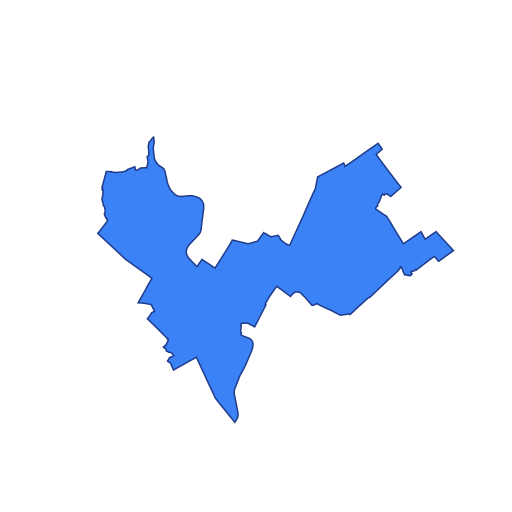 Cogealac, Constanta, Romania (Natural Earth projection), rotated 118°
{"feature_id": "2599482B50203536689618", "entity_name": "Cogealac", "entity_type": "district", "adm_level": 2, "iso_a3": "ROU", "parent_name": "Romania", "parent_adm1": "Constanta", "projection": "natural_earth1", "projection_center": [28.518, 44.563], "detail": "fine", "context": "isolated", "style": "filled", "palette": "blue", "viewbox_px": 512, "rotation_deg": 118, "n_neighbors": 0, "source": "geoboundaries", "source_scale": "gbopen_adm2", "svg_char_len": 6056}
<svg xmlns="http://www.w3.org/2000/svg" viewBox="0 0 512 512"><g transform="rotate(118 256 256)"><path d="M406.9,210.5L411.0,200.9L412.8,196.6L409.6,196.4L408.8,196.3L408.1,196.4L407.5,196.4L406.1,196.7L405.4,197.0L404.3,197.4L403.4,198.0L401.8,199.2L387.9,210.5L387.1,211.0L386.2,211.5L385.4,211.8L384.4,212.2L382.6,212.5L369.2,214.0L368.0,214.0L359.0,213.9L343.0,215.2L341.6,215.3L340.4,215.6L338.6,216.0L337.1,216.4L336.1,216.8L335.5,217.1L334.7,217.6L334.1,218.1L333.7,218.5L333.1,219.3L332.5,220.2L332.3,220.7L332.1,221.5L331.9,222.3L331.9,223.3L332.3,227.0L332.7,230.0L332.7,230.8L332.6,232.1L332.2,232.2L330.6,232.9L330.5,233.0L330.2,233.9L322.2,237.4L319.2,231.8L319.2,223.9L294.5,224.3L294.4,225.3L294.0,225.4L289.4,225.2L285.1,225.0L273.0,223.5L274.6,212.5L274.7,212.0L274.9,211.1L275.5,206.5L274.3,206.4L274.0,206.3L270.3,205.0L269.7,204.6L269.3,204.2L268.8,203.6L267.7,200.8L267.6,200.4L267.6,199.7L267.7,199.2L269.6,192.9L273.0,184.3L273.2,183.6L273.1,183.2L272.5,182.2L271.3,181.2L270.5,180.6L269.6,180.5L269.2,169.1L269.1,168.8L268.7,162.8L268.8,162.7L268.7,153.8L266.8,151.1L264.9,148.7L263.2,146.3L263.0,145.9L263.5,145.6L263.3,145.4L259.3,143.9L251.9,141.5L248.6,140.2L245.7,139.2L241.2,137.6L240.2,137.2L239.4,136.7L239.2,136.4L239.2,136.1L238.5,135.9L236.3,135.2L219.1,129.4L215.9,128.4L206.4,125.0L204.1,124.2L200.4,123.2L199.9,123.1L199.2,123.1L198.7,123.5L197.9,123.7L197.5,123.0L197.4,122.8L197.5,122.6L198.7,121.0L201.5,117.8L202.9,115.7L202.5,115.5L202.2,114.8L202.2,114.5L202.1,114.2L202.0,113.7L201.9,113.1L201.8,112.7L201.4,112.2L201.3,111.8L201.5,111.3L200.8,111.0L200.7,110.8L200.5,110.1L200.1,110.0L199.9,110.1L199.4,110.0L198.9,110.0L198.7,109.9L198.3,109.9L197.9,111.3L197.4,111.7L197.1,111.8L196.6,111.6L195.9,110.4L195.2,109.8L194.5,109.0L192.8,108.7L193.0,107.8L189.2,106.1L178.8,101.4L172.6,98.3L173.7,95.4L174.7,92.9L175.0,92.3L175.0,92.2L158.5,84.2L150.0,108.5L161.8,114.6L157.0,121.7L168.9,127.9L169.4,128.1L169.6,128.3L170.0,128.4L172.7,129.9L173.7,130.4L175.6,131.4L175.8,131.5L175.9,131.8L172.3,138.0L164.1,151.7L163.6,152.4L162.6,154.1L159.8,159.0L159.6,159.5L159.5,160.9L159.4,162.7L159.0,165.6L158.3,172.4L157.4,172.9L156.8,173.0L156.3,172.8L155.0,172.1L154.8,172.0L154.5,172.5L154.3,172.7L153.3,172.8L152.0,173.0L150.2,172.6L147.8,173.0L146.9,173.0L143.1,173.6L142.7,173.6L142.0,173.4L141.9,173.2L141.9,172.7L142.2,171.5L142.1,171.2L141.2,171.4L140.8,171.3L140.3,170.8L139.9,169.4L139.8,168.8L139.9,167.3L140.2,165.5L140.2,165.0L127.3,160.1L123.5,168.7L119.7,177.0L114.2,188.7L109.9,197.6L102.4,194.7L101.6,196.2L99.2,201.1L112.7,208.1L124.1,213.7L135.1,219.5L132.7,222.2L157.1,238.6L157.3,238.8L159.6,237.9L160.1,237.8L168.1,235.4L169.5,235.1L171.6,235.1L172.5,235.1L181.9,234.5L195.9,233.4L196.4,233.3L218.4,232.0L224.3,231.6L228.7,231.4L229.9,231.4L230.3,231.3L230.6,231.7L230.8,232.0L231.0,232.4L231.1,232.8L231.1,236.6L231.0,237.3L230.1,241.5L227.3,246.0L227.8,246.7L231.8,251.5L232.0,252.1L232.0,252.5L232.0,253.7L231.7,258.6L231.8,258.9L232.0,259.3L232.0,259.5L232.0,260.0L231.9,260.2L232.6,260.3L242.4,261.7L242.4,261.9L247.2,266.8L248.5,268.3L248.8,268.6L249.2,269.6L252.9,284.1L253.2,284.5L253.8,284.3L256.6,284.4L266.2,285.0L285.9,286.5L284.4,302.1L293.1,303.1L291.2,309.3L289.9,313.1L289.3,314.5L288.7,315.8L288.0,316.9L287.0,318.0L286.0,318.9L284.9,319.6L283.6,320.1L282.2,320.5L280.9,320.6L280.2,320.6L278.1,320.4L263.3,316.4L261.2,316.3L260.1,316.5L258.7,316.8L249.7,320.3L239.2,324.3L236.8,325.4L235.8,326.0L234.7,326.8L234.0,327.6L233.2,328.6L232.5,329.7L232.2,330.4L231.7,332.0L231.5,333.8L231.6,334.6L231.8,336.3L232.5,339.7L232.7,340.5L233.0,341.3L233.9,342.9L238.4,349.7L238.9,350.6L239.2,351.5L239.6,352.5L239.8,353.3L239.9,354.2L239.8,355.4L239.8,355.9L239.7,356.6L239.4,357.6L238.0,362.0L237.3,363.1L236.1,364.9L234.2,367.3L233.4,368.1L231.9,369.5L229.9,371.1L228.7,372.0L227.7,373.0L224.3,375.8L223.3,376.8L223.0,377.2L222.6,378.0L222.4,378.3L222.2,378.9L222.0,379.7L221.6,384.1L221.4,385.1L221.2,385.7L220.8,386.7L219.8,388.6L219.2,389.6L218.8,390.1L217.8,391.3L217.3,391.7L215.4,393.1L211.8,395.5L209.5,397.1L209.2,397.2L208.1,397.7L204.0,399.1L202.9,399.6L202.1,400.1L199.1,402.3L202.1,403.2L202.9,403.2L203.4,403.1L203.6,403.1L205.5,403.9L206.0,403.8L207.3,403.3L208.7,403.0L210.0,402.5L210.6,402.1L213.2,400.2L216.0,398.7L217.5,397.9L217.9,398.0L218.9,398.6L219.4,398.7L219.7,398.7L222.4,396.3L223.1,395.7L225.4,394.9L226.7,394.7L229.0,394.1L229.3,393.9L229.4,394.1L232.7,399.5L235.9,400.9L236.6,402.7L234.1,404.9L239.9,410.0L240.0,409.9L242.0,410.8L244.4,413.3L247.9,418.6L249.7,423.0L249.4,423.2L249.9,424.2L250.1,424.6L251.6,427.8L251.9,427.7L251.9,427.8L267.7,424.2L267.9,423.1L269.7,423.2L269.7,422.8L269.7,422.6L269.9,422.3L269.8,422.0L270.1,421.8L270.1,421.6L270.2,421.3L270.7,421.2L271.3,421.1L272.4,420.8L273.3,419.9L273.9,419.7L275.1,419.7L276.6,419.2L277.2,418.8L277.5,418.7L278.1,418.8L283.4,414.0L283.5,413.2L285.8,411.1L286.8,410.5L288.3,409.9L289.9,409.7L290.3,409.5L290.5,409.1L291.4,408.5L291.8,407.6L292.3,407.1L292.6,406.5L293.1,406.2L293.5,404.5L294.3,403.8L294.5,403.6L302.8,404.9L310.3,406.3L320.2,369.5L320.3,368.9L324.5,337.4L334.2,337.8L334.6,337.9L334.8,337.7L336.8,337.7L352.7,338.1L352.8,338.0L352.5,337.6L351.8,336.4L351.0,334.5L349.6,330.7L348.1,325.7L352.5,319.6L354.2,320.9L355.0,321.4L355.4,321.5L357.1,321.6L359.7,321.9L361.3,322.2L362.4,322.5L362.6,321.9L363.4,319.0L365.2,312.7L368.1,303.2L369.9,297.5L370.1,296.8L370.2,296.1L370.0,295.2L370.6,295.1L370.8,295.4L371.0,295.2L370.7,294.7L371.9,293.7L372.3,293.9L374.0,293.9L375.2,293.9L375.7,293.6L376.1,293.4L376.9,293.6L377.2,293.8L377.4,294.3L377.5,294.4L378.3,294.2L379.0,294.3L379.8,295.1L380.4,293.2L380.1,292.5L380.2,291.9L381.7,291.0L381.8,290.7L382.0,290.5L381.8,289.3L382.0,288.1L381.3,286.4L381.2,284.8L381.6,284.4L381.8,283.8L381.8,283.2L382.1,282.6L382.7,281.8L383.9,282.7L384.5,283.3L386.2,284.5L390.4,284.8L390.7,281.3L393.5,277.7L395.4,275.3L382.4,267.0L373.4,261.1L390.6,238.4L400.6,225.1L403.7,218.2L406.9,210.5Z" fill="#3b82f6" stroke="#1e3a8a" stroke-width="1.5"/></g></svg>